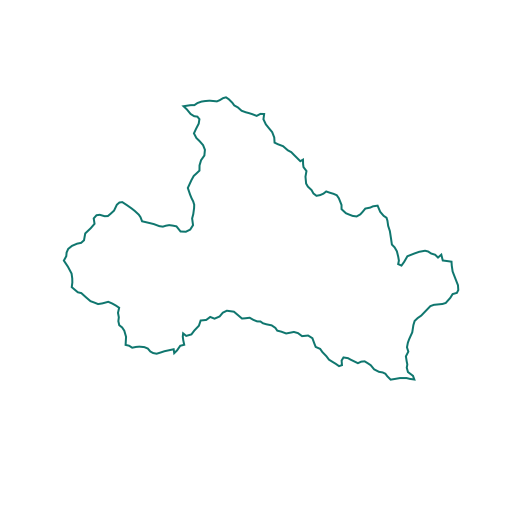 the district of Israelândia, Goiás, Brazil, rotated 343°
{"feature_id": "56859067B28131609505827", "entity_name": "Israelândia", "entity_type": "district", "adm_level": 2, "iso_a3": "BRA", "parent_name": "Brazil", "parent_adm1": "Goiás", "projection": "orthographic", "projection_center": [-50.88, -16.355], "detail": "fine", "context": "isolated", "style": "outline", "palette": "teal", "viewbox_px": 512, "rotation_deg": 343, "n_neighbors": 0, "source": "geoboundaries", "source_scale": "gbopen_adm2", "svg_char_len": 3669}
<svg xmlns="http://www.w3.org/2000/svg" viewBox="0 0 512 512"><g transform="rotate(343 256 256)"><path d="M230.5,91.6L232.7,95.5L235.0,101.1L237.7,104.2L240.7,105.6L241.9,108.6L239.9,112.7L235.9,116.8L232.5,120.6L233.5,125.8L235.7,129.8L237.8,134.5L238.2,139.5L236.0,144.8L231.5,148.3L228.5,152.8L226.9,157.8L222.9,159.8L219.9,161.2L216.5,164.5L210.7,171.0L210.9,177.9L211.3,182.1L211.9,185.4L211.9,188.9L210.8,192.1L208.2,197.7L205.9,201.4L204.8,208.1L200.8,211.5L196.0,212.3L191.0,210.5L188.6,204.4L185.3,202.6L182.0,201.1L178.8,200.7L175.5,200.7L172.3,199.2L167.6,195.6L164.6,193.8L161.0,191.7L157.2,189.5L156.9,185.1L156.0,182.2L153.2,177.4L150.9,174.1L147.4,169.6L143.9,165.4L141.0,164.9L137.9,166.3L133.5,171.1L129.1,173.2L126.0,174.5L122.9,173.7L118.6,170.9L115.4,170.4L111.8,172.6L111.0,178.0L106.1,181.1L99.3,184.5L96.1,190.7L92.6,192.3L88.6,191.9L83.0,192.5L78.5,194.3L75.9,197.3L74.5,200.7L70.9,204.2L73.0,211.2L74.5,218.9L73.7,223.8L72.6,227.7L70.7,231.9L72.6,234.9L75.0,238.6L78.1,240.4L81.1,245.4L84.5,250.8L87.7,253.2L90.9,255.8L95.2,256.4L101.3,256.6L104.5,259.3L107.4,262.3L110.0,265.5L107.4,270.0L106.9,274.5L105.3,278.1L105.0,282.2L107.1,285.2L108.2,288.9L108.1,295.3L105.3,302.9L108.4,304.7L110.8,307.5L114.8,307.9L118.0,308.6L122.6,310.5L125.5,312.9L127.0,316.4L129.2,318.7L132.4,320.4L136.6,320.4L140.6,320.3L150.0,321.1L149.4,325.0L152.9,323.2L157.3,319.7L161.4,319.9L161.8,315.3L162.4,311.7L163.7,308.7L165.9,312.0L171.3,312.1L175.3,309.2L181.0,306.0L184.2,301.5L189.7,302.6L194.4,300.9L198.0,303.8L203.5,303.2L207.7,300.5L212.1,299.8L218.6,302.8L221.5,307.3L224.3,311.7L227.4,312.4L231.9,313.2L234.8,316.3L238.0,318.9L241.1,319.9L242.9,322.3L245.9,324.3L250.7,326.9L253.5,330.4L254.5,333.6L258.0,335.7L262.2,338.9L266.8,339.4L270.0,339.7L273.6,342.0L276.6,346.1L282.6,347.3L285.9,351.1L286.2,356.8L286.5,360.4L290.2,363.6L291.4,367.3L294.0,372.4L295.5,376.5L298.3,379.7L300.8,382.5L303.2,385.6L306.3,385.5L307.3,381.0L310.0,378.6L314.1,380.6L316.2,382.8L318.9,385.3L322.1,388.3L325.8,387.8L329.1,388.5L331.5,391.2L333.8,394.0L335.8,398.9L339.7,402.7L343.1,404.4L345.3,406.4L346.4,409.4L348.6,413.6L353.0,414.2L357.9,414.8L364.2,416.7L367.4,418.6L371.3,420.4L371.1,416.5L367.4,411.4L367.5,406.9L369.0,404.0L369.3,400.8L370.0,395.8L373.7,392.0L373.7,387.4L375.9,383.3L378.0,380.5L380.0,378.2L383.1,374.7L386.3,368.1L388.7,364.5L392.5,362.6L396.6,361.3L408.1,354.9L411.8,354.7L420.3,356.4L423.7,356.4L429.6,352.8L432.9,349.9L437.3,350.0L439.5,347.7L440.6,343.0L439.9,333.8L439.5,328.3L440.4,322.4L441.3,318.6L437.7,316.9L433.3,314.9L433.6,308.9L429.6,310.7L427.7,307.2L424.2,304.8L421.9,302.0L419.2,300.4L413.3,299.7L408.3,299.9L400.7,300.5L396.0,304.9L392.3,307.7L389.6,305.3L391.3,302.2L391.8,298.2L392.1,292.7L391.1,288.3L389.3,284.8L390.1,279.6L391.3,271.3L391.2,265.8L392.0,260.7L392.0,257.6L389.8,254.9L387.7,250.1L387.0,243.4L382.4,242.7L379.4,243.1L374.4,242.6L370.8,245.0L367.9,246.7L363.8,247.6L360.1,245.9L356.8,243.3L354.5,241.4L351.5,236.2L352.7,232.2L352.4,228.5L352.1,225.0L351.0,221.5L348.3,219.2L345.0,217.0L342.0,214.8L338.7,216.1L335.1,216.5L331.4,216.1L329.2,213.0L328.4,209.2L325.9,204.8L325.1,201.4L326.5,194.6L329.1,189.5L327.4,184.9L327.9,181.9L329.1,177.6L326.1,178.3L321.8,170.3L320.1,167.0L317.3,164.2L314.0,158.9L309.6,155.5L306.9,153.0L308.1,148.0L307.7,142.3L305.5,137.0L303.9,133.0L303.1,127.4L305.3,122.6L301.8,121.4L297.6,122.2L293.8,119.2L290.9,117.2L288.3,115.6L284.7,112.9L282.1,108.6L279.2,105.6L278.2,102.6L275.8,98.1L273.7,95.5L270.7,95.4L266.8,96.4L263.8,96.7L260.7,95.4L257.0,93.9L252.4,92.9L249.0,92.4L244.8,92.6L241.2,93.7L237.4,92.6L230.5,91.6Z" fill="none" stroke="#0f766e" stroke-width="2"/></g></svg>